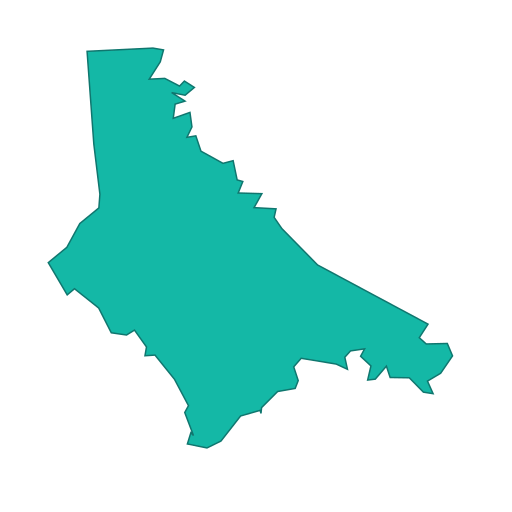 Nelson, Kentucky, United States of America (Equal Earth projection), rotated 276°
{"feature_id": "52423323B13152502054342", "entity_name": "Nelson", "entity_type": "district", "adm_level": 2, "iso_a3": "USA", "parent_name": "United States of America", "parent_adm1": "Kentucky", "projection": "equal_earth", "projection_center": [-85.473, 37.757], "detail": "fine", "context": "isolated", "style": "filled", "palette": "teal", "viewbox_px": 512, "rotation_deg": 276, "n_neighbors": 0, "source": "geoboundaries", "source_scale": "gbopen_adm2", "svg_char_len": 1163}
<svg xmlns="http://www.w3.org/2000/svg" viewBox="0 0 512 512"><g transform="rotate(276 256 256)"><path d="M452.0,131.8L441.9,66.6L350.4,83.0L301.1,94.3L287.4,94.7L269.9,77.4L244.9,67.0L227.7,50.1L197.6,72.3L204.5,78.9L187.8,105.0L164.5,120.1L163.9,135.5L169.6,142.9L154.1,156.6L145.2,156.0L146.9,165.9L124.9,187.8L100.1,204.5L92.9,201.5L70.9,212.6L73.5,209.7L61.9,207.4L60.0,227.3L68.3,240.5L95.3,257.4L102.9,276.2L100.0,277.4L105.8,277.4L123.5,291.7L128.4,308.8L136.5,311.0L149.7,305.1L159.0,311.6L156.9,347.1L152.9,358.8L164.6,354.9L171.5,359.9L175.0,373.7L167.2,370.5L158.7,381.8L144.3,380.0L146.0,387.5L160.1,397.2L149.2,402.1L150.9,421.2L138.1,436.7L137.6,446.5L149.5,439.6L158.7,451.9L177.2,461.9L189.0,455.4L186.3,434.5L191.8,426.9L206.2,434.2L253.5,318.2L286.0,278.8L296.3,270.0L305.0,271.0L303.9,249.0L318.6,255.3L316.8,231.7L328.7,235.1L329.7,229.3L348.4,223.3L344.7,213.5L354.5,190.3L369.2,183.6L366.8,174.9L377.7,178.8L391.9,175.3L384.3,159.3L398.6,159.7L402.6,169.2L409.7,155.0L408.5,168.7L417.2,177.1L422.5,166.5L417.0,162.2L423.1,146.7L420.7,131.3L439.1,140.5L451.3,142.5L452.0,131.8Z" fill="#14b8a6" stroke="#0f766e" stroke-width="1.5"/></g></svg>